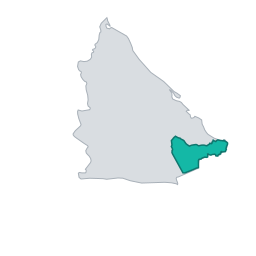 Nicaragua, with Rio San Juan highlighted, rotated 311°
{"feature_id": "NIC-4800", "entity_name": "Rio San Juan", "entity_type": "Department", "adm_level": 1, "iso_a3": "NIC", "parent_name": "Nicaragua", "parent_adm1": "", "projection": "equal_earth", "projection_center": [-84.287, 11.292], "detail": "fine", "context": "in_parent", "style": "filled", "palette": "teal", "viewbox_px": 256, "rotation_deg": 311, "n_neighbors": 0, "source": "natural_earth", "source_scale": "10m", "svg_char_len": 4777}
<svg xmlns="http://www.w3.org/2000/svg" viewBox="0 0 256 256"><g transform="rotate(311 128 128)"><path d="M197.4,39.7L196.5,41.2L195.6,42.2L193.6,47.1L193.0,47.6L192.8,43.9L191.7,43.4L190.3,44.7L189.5,46.6L190.7,49.0L191.8,49.1L193.1,49.7L196.5,66.6L195.8,69.6L193.7,74.3L191.6,78.3L189.6,80.8L187.1,91.5L184.9,108.8L186.5,124.4L185.7,138.8L186.4,142.2L186.7,146.4L185.0,147.2L184.1,147.0L183.1,144.4L183.2,142.1L184.2,139.5L184.6,135.8L184.1,133.9L183.1,138.1L181.4,139.9L180.3,140.6L179.2,142.7L180.3,146.6L181.9,149.5L182.3,151.6L181.8,154.0L181.5,162.5L180.9,162.2L180.4,161.1L178.8,161.0L178.6,164.4L178.7,166.3L177.4,167.8L176.9,169.3L178.0,170.3L179.2,170.9L180.7,170.8L182.0,174.9L182.4,178.3L179.5,181.5L178.5,184.1L176.9,187.2L176.0,190.3L175.7,192.6L176.8,199.6L178.8,204.6L180.5,207.8L182.7,208.5L182.2,211.8L180.5,213.9L177.5,215.7L174.1,216.0L168.7,214.4L166.4,214.2L165.6,213.3L165.3,211.6L163.7,209.2L160.9,205.9L159.2,206.1L156.5,205.4L152.0,203.1L150.0,202.9L147.0,204.8L143.5,207.3L135.2,203.4L129.4,200.6L124.1,198.1L122.7,197.1L121.6,197.4L120.6,198.7L119.4,201.0L119.0,201.6L118.4,202.3L117.7,202.4L117.7,201.3L115.2,196.8L111.1,191.3L95.4,174.4L89.7,164.3L86.7,157.0L83.7,153.2L75.3,145.5L73.4,142.4L65.0,132.1L58.7,126.0L58.6,123.5L61.3,120.2L62.5,120.4L63.9,122.7L66.2,125.3L67.2,125.3L68.8,124.1L68.9,122.9L77.4,122.4L79.0,121.7L80.5,119.8L81.3,117.2L81.5,114.6L81.8,112.8L83.2,111.0L85.7,110.4L87.6,110.3L88.2,109.1L87.6,105.2L86.6,95.7L86.4,93.1L86.8,91.2L87.6,90.4L91.4,90.0L98.5,90.8L99.9,90.2L102.8,84.8L105.5,80.9L107.4,79.1L108.9,78.6L110.6,82.1L116.7,87.1L117.7,86.8L118.3,86.5L118.5,85.8L118.4,83.5L119.9,81.4L123.0,79.5L126.2,76.2L129.4,71.4L132.1,68.6L134.5,67.8L135.4,66.5L134.8,64.7L135.0,62.2L135.9,59.0L137.3,57.1L139.1,56.6L139.8,55.6L139.4,54.0L139.7,52.4L141.3,49.6L145.2,47.2L147.4,48.0L149.2,51.2L151.7,53.4L155.1,54.5L157.6,54.1L159.5,52.1L161.1,51.5L162.6,52.3L163.4,51.8L163.5,50.2L164.2,49.8L165.7,50.7L166.9,50.9L168.1,50.5L168.5,49.7L168.7,48.8L169.5,48.2L172.4,48.8L175.6,47.9L179.2,45.3L181.6,44.2L182.7,44.5L184.1,43.2L185.8,40.3L189.5,39.1L197.4,39.7Z" fill="#d9dde1" stroke="#a8b0b8" stroke-width="1"/><path d="M165.7,214.1L165.5,213.8L164.9,213.1L164.8,212.9L164.7,212.8L164.6,212.5L164.7,212.2L164.9,212.1L165.3,211.8L165.2,210.8L164.7,210.2L164.1,209.8L163.8,209.4L163.5,209.1L162.0,208.4L161.7,208.0L161.6,207.7L161.2,207.0L161.1,206.7L161.0,206.2L161.0,205.8L160.9,205.4L160.6,205.2L160.4,205.5L158.7,206.9L158.4,207.1L158.1,207.0L157.8,206.8L157.5,206.6L157.2,206.3L156.5,205.2L156.4,205.0L156.2,204.9L155.9,204.8L154.4,203.9L153.7,203.6L153.0,203.6L152.5,203.5L151.3,202.4L150.7,202.1L149.8,202.4L147.5,204.4L144.3,207.2L142.5,205.9L139.9,204.7L135.7,202.6L134.2,201.8L131.5,200.4L130.2,198.9L137.6,178.8L138.2,177.5L138.3,177.4L138.4,177.2L138.9,176.9L139.5,176.3L139.8,176.1L140.0,176.0L140.3,176.1L140.9,175.8L141.1,175.7L141.3,175.4L141.4,175.1L141.7,174.8L141.7,174.7L141.8,174.5L141.9,174.3L142.0,174.2L142.1,173.7L142.5,172.8L143.9,172.4L144.6,171.7L146.7,169.3L146.8,169.1L147.1,169.0L149.4,169.0L150.0,168.9L150.4,169.0L150.5,169.0L151.0,168.9L151.2,169.0L151.3,169.0L151.7,169.1L152.9,169.2L153.5,172.1L154.0,173.2L154.2,173.5L154.4,173.7L154.5,174.0L154.4,174.5L154.5,175.6L154.8,176.6L155.1,177.9L155.1,178.3L155.1,178.7L154.8,179.7L154.3,181.7L154.2,182.5L154.2,183.0L154.4,184.6L154.6,186.2L156.6,187.2L157.5,187.9L160.0,190.0L160.4,190.6L160.6,191.2L160.6,191.7L160.7,192.2L160.9,192.9L161.2,193.2L161.5,193.5L163.0,194.5L164.2,195.7L165.1,196.8L165.3,197.3L166.0,198.7L166.1,198.9L166.2,199.0L166.3,199.0L166.6,199.1L166.7,199.3L166.8,199.3L167.0,199.4L167.2,199.5L167.3,199.5L167.7,199.5L167.9,199.5L168.0,199.5L168.7,199.8L169.1,200.0L170.1,199.8L170.3,199.8L170.3,200.1L170.3,200.3L170.4,200.5L170.7,200.9L171.0,201.3L171.3,201.4L171.6,201.2L171.8,201.1L172.0,201.0L172.2,200.8L172.3,200.8L172.6,200.7L172.7,200.8L173.0,200.9L173.3,200.9L173.5,200.8L173.6,200.7L173.8,200.6L174.1,200.6L174.3,200.5L174.7,200.2L174.8,200.3L174.8,200.5L174.8,201.2L174.8,201.4L174.8,201.6L175.0,201.9L175.1,202.0L175.2,202.3L175.2,202.6L175.2,202.8L175.4,203.1L175.5,203.2L175.8,203.1L176.0,203.1L176.4,203.1L177.6,203.4L177.8,203.5L178.0,203.7L178.5,204.7L179.0,205.7L179.8,206.8L180.3,207.4L180.6,208.2L181.1,208.1L181.0,207.7L181.5,208.5L181.6,208.8L181.5,209.3L181.8,209.5L181.8,210.4L182.1,211.9L182.0,213.0L181.0,213.8L178.9,214.4L178.8,214.5L176.7,215.5L176.1,216.5L175.1,216.4L174.9,216.5L174.5,216.9L174.2,216.9L173.9,216.9L173.7,216.7L171.8,214.8L171.7,214.1L171.3,213.8L170.9,213.9L170.6,214.4L170.0,214.2L169.3,214.8L168.9,214.4L168.7,214.4L168.3,214.7L168.0,214.5L167.4,213.8L167.0,213.9L166.8,213.8L166.5,213.8L166.1,213.8L165.7,214.1Z" fill="#14b8a6" stroke="#0f766e" stroke-width="1.5"/></g></svg>